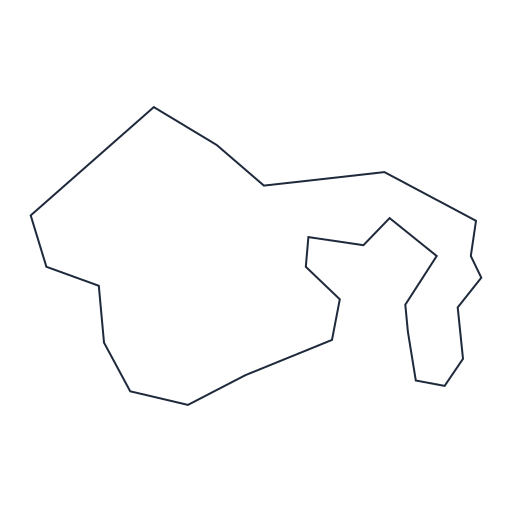 the border of Makati
{"feature_id": "PHL-5553", "entity_name": "Makati", "entity_type": "Highly Urbanized City", "adm_level": 1, "iso_a3": "PHL", "parent_name": "Philippines", "parent_adm1": "", "projection": "orthographic", "projection_center": [121.053, 14.551], "detail": "fine", "context": "isolated", "style": "outline", "palette": "slate", "viewbox_px": 512, "rotation_deg": 0, "n_neighbors": 0, "source": "natural_earth", "source_scale": "10m", "svg_char_len": 460}
<svg xmlns="http://www.w3.org/2000/svg" viewBox="0 0 512 512"><path d="M444.6,385.9L415.8,380.5L407.9,331.8L405.3,304.7L436.7,256.0L389.6,218.1L363.4,245.2L308.4,237.1L305.8,266.8L339.8,299.3L332.0,339.9L245.5,375.1L187.9,404.9L130.2,391.3L104.0,342.6L98.8,285.8L46.4,266.8L30.7,215.4L153.8,107.1L216.7,145.0L263.9,185.6L384.4,172.1L476.0,220.8L470.8,256.0L481.3,277.7L457.7,307.4L463.0,358.8L444.6,385.9Z" fill="none" stroke="#1e293b" stroke-width="2"/></svg>